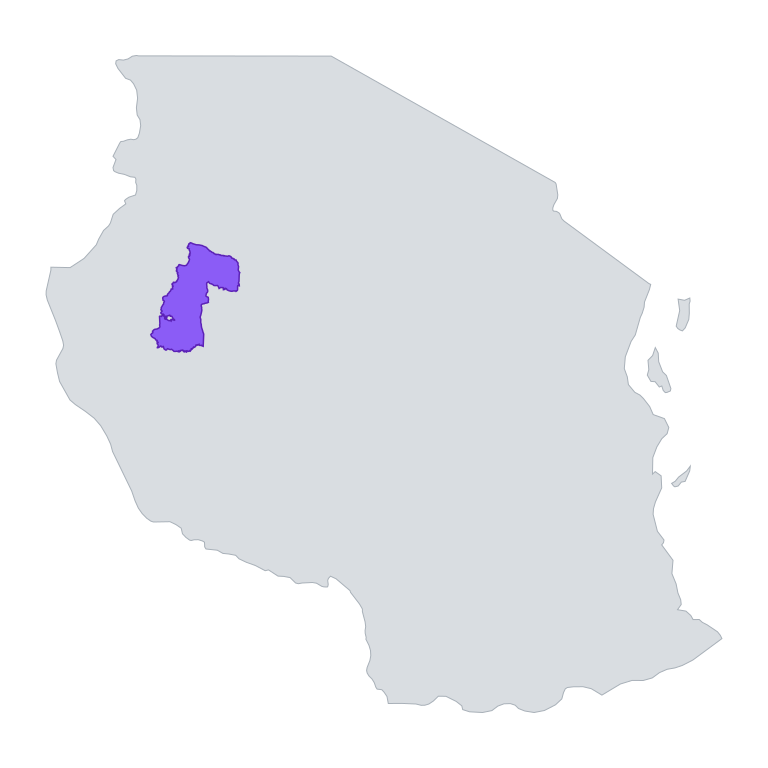 Kaliua, Tabora, United Republic of Tanzania shown in context
{"feature_id": "72390352B29601163251764", "entity_name": "Kaliua", "entity_type": "district", "adm_level": 2, "iso_a3": "TZA", "parent_name": "United Republic of Tanzania", "parent_adm1": "Tabora", "projection": "albers", "projection_center": [31.783, -4.945], "detail": "fine", "context": "in_parent", "style": "filled", "palette": "violet", "viewbox_px": 768, "rotation_deg": 0, "n_neighbors": 0, "source": "geoboundaries", "source_scale": "gbopen_adm2", "svg_char_len": 9652}
<svg xmlns="http://www.w3.org/2000/svg" viewBox="0 0 768 768"><path d="M265.2,570.7L255.3,565.5L246.4,562.3L239.0,558.8L235.7,555.3L228.8,554.0L222.9,553.4L217.3,550.2L206.0,549.0L204.7,546.9L204.5,542.2L202.5,541.0L198.4,539.7L194.0,539.8L191.2,540.5L189.6,540.1L185.9,537.4L182.5,533.8L181.2,528.2L176.0,524.6L170.0,521.7L153.4,522.0L150.8,521.1L146.8,518.3L142.2,513.6L138.4,508.2L135.1,500.9L131.7,491.0L112.6,451.6L110.6,444.1L106.8,435.9L100.7,425.7L94.2,418.2L85.4,411.4L75.4,404.6L70.0,400.0L59.6,381.5L57.5,372.8L55.9,363.8L56.5,360.2L62.9,348.5L63.6,345.3L62.8,340.9L59.6,331.6L55.5,320.4L47.3,300.0L46.1,294.8L46.2,290.9L50.9,270.1L50.9,267.2L70.1,267.6L84.1,258.4L96.3,244.8L98.7,239.1L103.6,230.4L108.5,226.0L110.4,223.0L113.2,214.3L119.6,208.4L125.8,203.9L124.5,200.7L125.5,199.5L128.9,197.2L135.5,195.0L136.8,190.5L136.8,185.3L135.7,182.5L135.9,179.1L134.9,177.3L130.5,176.8L124.1,174.3L118.6,173.2L115.0,171.7L113.6,170.6L113.0,167.5L116.0,159.5L113.0,156.3L119.7,143.1L120.9,141.5L123.4,141.3L127.2,139.9L130.8,139.2L133.7,139.7L135.9,139.2L137.8,137.7L139.4,133.2L140.7,125.7L140.0,119.7L137.2,115.0L136.4,107.8L137.6,98.2L136.7,90.2L133.6,83.8L130.5,80.1L125.6,78.3L118.0,68.5L115.7,63.8L116.1,60.9L118.7,59.6L123.5,60.1L128.1,58.9L132.3,56.2L136.5,55.5L138.6,55.9L331.2,56.1L555.2,182.5L556.1,184.0L557.8,194.9L557.4,198.5L553.9,204.7L552.8,207.9L552.8,210.2L553.6,211.1L556.5,211.4L559.0,212.9L559.9,214.1L561.8,218.8L564.2,221.2L648.8,283.5L650.7,284.4L649.4,289.6L644.5,302.0L644.1,307.2L642.2,313.3L640.3,317.4L635.3,334.9L631.1,341.4L625.3,356.8L624.3,368.6L627.3,376.9L628.4,384.6L634.8,392.3L640.0,395.1L643.5,398.6L649.7,406.6L653.2,414.6L664.4,418.6L668.8,427.5L667.1,433.7L661.8,438.7L656.9,446.8L652.8,457.6L652.5,474.1L655.2,471.6L661.1,475.8L661.7,487.9L655.4,502.0L653.5,508.6L653.1,514.3L657.4,531.3L664.0,540.0L663.5,542.7L661.7,544.9L673.0,560.3L671.9,573.6L676.1,583.9L677.9,592.9L680.7,599.8L681.2,604.5L677.5,609.7L685.9,611.1L690.8,615.5L693.1,619.6L699.2,619.5L702.4,622.4L707.1,624.8L717.5,631.8L720.3,635.3L721.9,638.6L692.9,660.0L682.4,665.4L675.0,667.9L667.1,669.3L659.5,672.6L652.3,677.9L643.2,680.5L632.1,680.4L620.4,684.0L601.9,695.1L591.3,688.7L583.0,686.7L573.3,686.8L567.4,687.5L565.3,688.8L563.5,692.6L561.8,698.9L555.5,704.8L544.4,710.5L534.1,712.5L524.8,711.0L518.5,708.5L515.2,705.2L510.4,703.6L504.0,703.8L497.8,706.1L491.9,710.6L482.5,712.5L469.6,711.8L462.7,709.6L461.8,705.8L456.2,701.4L445.9,696.3L438.3,696.2L433.4,701.0L428.9,704.0L424.9,705.2L421.2,705.3L416.0,704.0L401.8,703.4L388.3,703.5L387.0,696.5L384.2,692.3L381.8,689.7L377.1,689.1L375.8,687.1L374.3,682.7L372.0,679.0L369.0,676.0L367.2,673.1L366.6,670.5L367.1,667.6L369.9,660.5L370.8,655.6L370.5,650.5L369.0,645.4L365.9,639.2L366.2,637.5L365.2,633.3L365.1,630.4L365.7,626.7L365.1,621.9L362.4,611.6L362.4,609.0L359.5,604.0L350.5,592.3L350.1,590.7L336.1,578.8L330.5,576.2L328.4,578.4L327.7,580.5L328.2,584.3L327.9,586.2L327.3,587.0L324.0,586.9L321.9,586.4L316.5,583.2L312.4,582.5L302.1,583.0L298.4,583.7L295.6,583.0L290.1,577.6L283.7,576.4L278.0,576.1L268.5,569.9L265.2,570.7ZM666.4,375.5L670.9,388.6L670.3,391.0L667.0,392.4L665.3,392.6L663.2,390.4L661.8,386.0L659.3,387.0L655.1,381.7L650.9,381.4L647.3,375.1L648.8,369.7L648.0,360.3L652.6,355.6L655.3,347.6L658.2,353.1L658.7,361.7L662.6,371.8L666.4,375.5ZM689.8,298.0L690.1,301.1L689.2,304.0L689.3,313.2L688.8,319.4L685.2,327.9L682.4,330.9L679.8,329.9L677.8,328.5L676.2,326.2L679.7,310.6L678.1,299.1L684.6,300.3L689.8,298.0ZM678.2,486.0L674.9,486.8L673.6,486.0L671.6,483.4L675.2,481.3L678.6,477.1L686.6,471.0L690.3,466.1L689.7,470.9L685.1,481.4L681.3,482.1L678.2,486.0Z" fill="#d9dde1" stroke="#a8b0b8" stroke-width="1"/><path d="M176.6,267.6L176.4,267.5L176.2,267.7L176.3,268.0L176.9,268.4L177.0,268.8L176.7,269.6L176.9,270.1L176.5,270.3L176.6,270.6L176.4,271.0L176.9,271.5L177.3,272.0L177.4,272.4L177.3,272.8L177.8,272.9L177.5,273.7L177.9,275.2L178.4,275.4L178.4,275.8L178.1,276.0L178.0,276.6L178.5,277.6L178.0,278.8L178.0,279.2L177.7,279.5L177.5,280.0L177.0,280.5L176.9,281.2L176.4,281.4L176.4,281.8L174.8,282.7L174.3,282.3L173.4,282.3L173.0,283.2L172.1,283.8L172.0,284.2L172.5,284.5L172.3,284.9L172.6,285.3L172.5,285.5L172.5,286.4L173.0,286.4L172.6,287.3L172.5,288.0L172.7,288.9L172.1,289.1L171.9,289.0L171.4,289.0L171.5,289.5L170.7,290.1L170.4,291.2L169.4,291.9L169.1,292.7L168.1,293.6L167.5,294.4L167.3,295.0L167.4,295.6L166.9,295.9L165.3,296.0L164.1,296.4L163.1,297.1L162.8,297.6L162.7,298.1L163.1,300.4L163.7,300.6L164.3,301.1L164.4,301.6L163.7,302.7L163.5,304.2L162.9,304.8L162.2,306.0L162.0,306.5L161.3,307.4L161.3,308.6L160.9,309.7L161.0,310.0L161.8,310.5L162.0,311.1L161.9,311.5L160.9,312.4L161.0,313.5L161.4,313.9L162.7,314.2L163.3,314.1L163.9,314.7L163.8,314.9L164.0,315.7L165.0,316.3L165.6,316.4L165.8,316.2L166.3,316.2L166.2,317.1L165.6,317.3L165.6,317.5L166.1,318.4L166.9,317.8L166.7,317.1L166.9,316.5L167.2,316.1L169.7,315.2L170.1,315.4L170.3,316.3L171.5,316.2L171.9,316.4L173.2,318.7L174.5,319.7L174.6,320.1L174.1,320.3L172.9,319.4L171.8,320.0L171.7,319.4L171.1,319.5L171.4,320.2L171.1,321.1L170.2,320.4L169.2,320.7L168.5,320.5L166.8,319.4L165.8,319.3L164.8,318.9L164.6,318.2L164.8,317.4L164.2,316.3L163.4,315.8L162.2,315.5L161.6,315.9L161.5,316.4L161.3,316.5L160.7,316.2L159.9,316.1L159.5,316.4L159.9,323.9L159.6,325.0L159.9,326.3L159.7,327.3L158.7,328.2L158.3,328.3L157.5,328.8L156.5,329.1L154.8,329.3L153.5,330.1L153.3,330.6L152.5,331.2L152.8,331.9L152.8,332.6L152.6,333.0L151.6,333.5L150.8,334.7L151.2,335.4L151.3,336.0L151.9,336.7L153.2,337.7L155.0,338.5L155.2,338.8L155.5,339.6L155.9,340.0L157.0,340.3L157.2,340.6L156.9,341.8L157.3,342.1L158.1,342.3L158.1,342.6L157.2,343.2L157.1,343.6L157.2,343.9L157.9,344.4L158.1,345.2L158.2,346.3L157.3,347.3L157.4,347.7L158.1,347.4L158.3,347.6L158.8,347.5L159.5,346.9L159.9,346.6L160.0,346.3L160.2,346.2L160.9,346.0L161.7,347.0L162.5,347.0L162.9,346.5L163.1,346.4L163.3,346.4L163.4,346.6L164.0,348.8L164.4,349.2L165.0,349.4L165.4,350.0L166.4,350.0L166.6,349.9L167.4,348.7L168.0,348.8L168.6,349.1L169.7,349.5L170.4,349.6L171.3,349.3L171.7,349.3L172.0,349.7L173.1,350.4L173.5,350.9L174.0,351.4L175.7,351.4L176.8,351.2L177.4,351.4L177.7,351.3L178.3,351.8L178.6,351.7L178.2,351.4L178.6,350.9L179.1,350.9L179.4,351.1L179.5,351.5L179.8,351.2L180.2,351.3L180.4,350.6L180.6,350.7L181.0,350.4L181.6,350.5L181.7,350.2L182.2,350.1L182.3,350.1L182.3,350.4L182.5,350.5L182.7,350.3L183.0,350.3L183.1,350.8L183.6,350.9L183.8,351.6L184.1,351.9L184.4,351.9L184.6,351.7L184.6,351.4L184.9,351.0L185.2,351.2L186.0,351.0L185.8,351.4L186.1,352.0L186.6,352.1L186.8,351.6L187.3,351.0L187.8,351.0L188.2,351.3L188.9,351.4L189.4,351.2L189.4,350.9L189.9,350.5L190.4,350.9L190.5,350.5L190.9,350.3L191.3,349.5L191.2,349.4L191.1,349.0L191.5,348.6L191.8,348.6L192.1,348.8L192.1,349.1L192.3,349.0L192.4,348.5L193.3,347.9L193.3,347.3L193.6,347.1L193.7,347.4L194.1,347.4L195.3,346.7L195.8,346.0L195.9,345.3L196.3,345.3L196.8,344.8L196.7,345.0L196.9,345.2L197.4,345.1L197.6,345.0L197.2,344.8L198.9,344.4L198.7,344.9L199.2,344.8L199.3,345.2L199.5,345.4L200.9,345.4L201.7,345.7L201.8,345.4L202.2,345.6L202.5,345.5L202.8,345.8L202.7,346.1L203.2,346.3L203.7,334.2L203.5,333.4L203.0,332.2L202.5,330.3L201.6,327.6L201.3,325.7L201.3,324.7L200.7,322.4L200.8,319.5L200.1,317.1L200.8,315.1L201.5,312.1L201.8,310.6L201.8,309.4L201.6,308.6L201.7,307.3L201.2,306.0L201.4,304.6L202.0,304.2L203.2,303.8L204.0,303.8L204.9,303.3L207.2,302.9L208.4,302.3L208.2,301.4L208.5,299.5L208.3,297.7L208.2,297.3L206.4,296.5L206.0,296.1L205.9,295.8L206.2,294.2L206.4,293.5L206.7,292.9L207.4,292.3L207.7,291.4L207.7,290.7L207.5,289.4L207.0,288.5L206.8,287.7L206.9,286.7L206.6,283.9L206.8,282.9L208.6,281.7L209.6,283.3L210.6,283.7L211.5,283.8L211.8,284.1L212.8,284.5L213.7,285.4L214.8,285.6L217.5,285.5L218.2,286.3L219.1,288.5L220.6,287.5L223.1,287.6L223.3,288.5L223.4,289.7L224.8,289.4L224.6,288.9L224.6,288.5L225.2,288.3L226.2,288.6L226.6,288.9L227.1,289.9L228.9,290.7L230.4,291.1L232.0,291.3L233.0,291.0L234.2,290.9L235.2,291.1L236.1,290.8L236.4,290.9L236.4,291.1L237.0,290.7L237.5,290.1L237.6,289.4L237.6,286.0L237.7,285.7L238.1,285.4L238.1,285.7L238.5,285.6L239.3,285.8L239.2,284.1L238.5,283.3L238.4,283.1L239.0,281.3L239.2,274.9L239.4,273.5L239.8,272.6L239.1,271.9L238.2,270.0L238.6,266.6L238.0,264.8L237.9,264.1L238.1,263.1L237.7,262.5L236.4,261.0L236.2,260.1L234.8,259.9L234.3,259.1L234.0,259.3L233.0,258.4L232.9,258.5L232.2,258.1L231.9,258.2L231.3,257.5L231.3,257.1L230.7,256.5L229.4,255.9L228.4,255.9L228.0,256.1L227.2,256.3L226.0,256.0L224.9,256.0L224.4,255.7L224.0,255.9L223.5,255.8L223.4,255.6L223.2,255.4L222.2,255.5L221.8,255.4L221.6,255.5L220.9,255.4L220.8,255.2L220.4,254.9L219.9,255.0L219.7,254.8L219.3,254.7L219.0,254.7L218.5,254.4L216.7,254.4L216.3,254.6L216.1,254.6L216.0,254.4L215.8,254.5L215.4,254.1L214.5,253.9L214.0,253.6L214.0,253.3L213.5,253.1L213.0,252.5L212.0,252.4L211.4,251.7L211.0,251.6L210.2,250.9L209.5,250.9L208.6,249.6L207.6,248.9L206.6,247.6L205.8,247.1L203.4,246.2L202.4,245.6L199.0,244.9L196.4,244.8L192.5,243.6L191.8,243.1L190.2,242.7L190.0,243.1L189.6,243.6L188.8,243.9L188.7,244.6L188.1,245.6L188.1,246.0L188.4,246.3L188.4,246.5L188.0,246.5L187.4,247.0L187.2,247.7L187.7,248.4L189.3,248.9L189.2,249.6L189.3,250.2L189.8,250.9L190.1,252.5L190.0,252.8L190.2,253.1L189.4,254.0L189.3,254.3L190.0,254.9L189.9,255.1L189.4,256.3L188.8,256.5L188.6,256.3L188.5,256.5L188.6,257.9L189.2,258.5L189.5,259.2L189.1,261.0L188.7,261.5L188.3,262.8L187.8,263.2L186.5,265.3L185.9,265.5L185.3,265.5L184.6,265.8L182.0,265.4L179.4,264.6L179.0,264.7L178.7,265.2L178.7,265.8L178.0,266.3L177.1,267.6L176.6,267.6Z" fill="#8b5cf6" stroke="#5b21b6" stroke-width="1.5"/></svg>